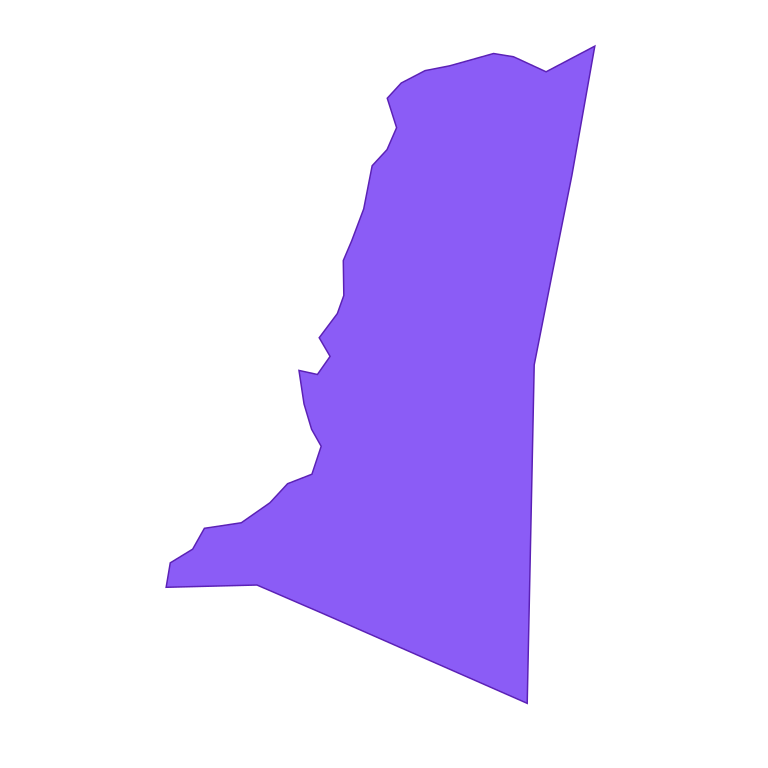 Passa e Fica, Paraíba, Brazil (Natural Earth projection), rotated 87°
{"feature_id": "56859067B33665555253781", "entity_name": "Passa e Fica", "entity_type": "district", "adm_level": 2, "iso_a3": "BRA", "parent_name": "Brazil", "parent_adm1": "Paraíba", "projection": "natural_earth1", "projection_center": [-35.625, -6.449], "detail": "fine", "context": "isolated", "style": "filled", "palette": "violet", "viewbox_px": 768, "rotation_deg": 87, "n_neighbors": 0, "source": "geoboundaries", "source_scale": "gbopen_adm2", "svg_char_len": 641}
<svg xmlns="http://www.w3.org/2000/svg" viewBox="0 0 768 768"><g transform="rotate(87 384 384)"><path d="M57.6,155.8L80.7,205.8L64.0,237.5L59.7,257.3L69.7,301.9L73.2,326.6L84.3,351.0L98.8,365.8L128.7,358.0L150.1,368.7L165.4,384.4L208.1,395.1L239.4,408.8L258.6,418.2L293.5,419.5L311.2,426.9L334.4,446.3L353.6,436.4L371.0,450.0L366.0,468.2L399.8,464.9L425.4,458.7L442.9,450.0L470.3,460.7L478.5,485.5L496.6,504.1L515.1,533.8L518.7,570.9L538.9,583.7L551.4,606.8L575.6,612.2L578.1,521.4L612.9,451.3L710.4,257.7L553.5,246.2L474.2,240.4L372.8,233.0L286.0,211.1L185.7,185.5L57.6,155.8Z" fill="#8b5cf6" stroke="#5b21b6" stroke-width="1.5"/></g></svg>